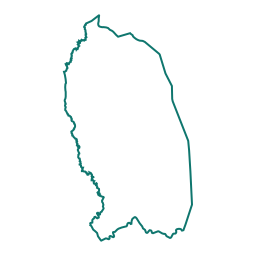 Ou Ya Dav, Rôtânôkiri, Cambodia (Robinson projection)
{"feature_id": "14789045B92198168751109", "entity_name": "Ou Ya Dav", "entity_type": "district", "adm_level": 2, "iso_a3": "KHM", "parent_name": "Cambodia", "parent_adm1": "Rôtânôkiri", "projection": "robinson", "projection_center": [107.357, 13.558], "detail": "fine", "context": "isolated", "style": "outline", "palette": "teal", "viewbox_px": 256, "rotation_deg": 0, "n_neighbors": 0, "source": "geoboundaries", "source_scale": "gbopen_adm2", "svg_char_len": 5517}
<svg xmlns="http://www.w3.org/2000/svg" viewBox="0 0 256 256"><path d="M183.4,230.2L185.5,224.5L192.0,204.6L190.4,171.5L189.1,150.3L188.2,140.8L172.7,101.3L172.2,99.0L171.9,86.0L165.5,73.5L159.7,54.5L159.0,53.7L144.8,41.9L142.7,40.9L139.6,40.6L138.0,40.0L136.4,39.2L134.5,37.8L133.1,36.5L132.6,35.2L130.5,33.7L130.1,33.2L118.1,36.7L116.3,35.1L113.3,31.8L112.0,30.8L109.9,29.8L108.0,28.0L106.0,27.4L103.1,27.1L102.2,27.2L100.4,26.8L99.3,26.4L98.6,25.6L98.3,24.8L98.2,23.4L98.7,21.0L98.7,18.6L99.1,15.6L99.0,15.4L98.8,15.4L91.5,21.0L86.0,23.5L85.8,23.9L85.9,24.6L85.7,24.9L85.2,24.8L84.9,25.2L84.8,25.7L84.2,26.6L84.1,27.0L84.5,27.5L84.8,27.3L84.9,27.5L84.8,29.2L85.3,29.7L85.3,30.2L85.5,30.5L85.6,31.4L85.4,31.8L85.8,32.6L85.7,33.6L86.0,33.6L86.2,33.9L86.2,34.3L85.6,34.9L85.6,35.4L86.2,36.3L85.9,36.9L86.2,37.3L85.5,37.6L85.7,38.0L85.6,38.6L85.7,38.9L85.6,39.9L85.2,39.9L85.0,39.7L84.7,40.1L84.5,39.8L84.2,40.1L83.9,40.1L84.1,40.4L83.9,40.5L82.4,40.1L82.1,40.4L81.6,40.0L81.5,40.3L80.9,40.5L80.9,40.9L80.2,40.9L80.1,42.1L79.1,41.2L79.1,41.7L78.4,41.8L78.4,42.7L78.1,42.7L78.8,43.4L78.3,43.9L78.9,44.0L78.7,44.4L78.1,44.8L78.4,45.5L79.1,46.0L78.6,46.4L78.1,47.5L77.8,47.9L77.8,48.8L77.6,49.1L76.6,48.7L76.6,49.2L76.4,49.5L76.3,49.1L75.7,48.3L75.2,48.4L74.9,48.9L73.9,49.1L73.3,50.0L72.9,51.1L72.6,51.3L72.6,52.5L72.3,52.6L72.1,53.2L71.8,53.2L71.3,54.0L71.6,54.6L71.5,55.2L71.9,55.9L71.4,57.0L71.7,58.1L70.9,58.4L70.8,58.8L70.9,59.1L71.1,59.1L71.5,60.0L71.3,60.3L70.6,60.3L70.6,60.6L70.8,60.8L70.8,61.8L70.3,61.9L70.0,62.2L69.8,62.2L69.2,63.1L68.9,63.2L69.1,63.6L68.8,64.2L68.3,64.1L68.3,63.8L67.8,64.0L67.5,63.3L67.0,63.1L66.7,63.1L66.4,64.0L65.7,64.1L65.8,64.4L66.0,64.7L66.1,65.1L66.4,65.7L67.1,66.1L67.1,67.7L67.2,68.0L67.4,68.0L67.4,68.4L66.7,69.0L66.2,70.8L65.8,70.9L65.0,71.7L64.0,71.8L64.9,75.0L65.6,79.1L66.0,83.0L65.4,84.2L65.2,87.2L65.4,90.3L65.7,91.9L65.7,96.7L65.4,98.6L64.8,99.8L64.7,100.9L65.4,102.9L65.3,103.6L65.7,104.0L65.3,104.5L65.0,105.4L65.2,106.3L65.3,106.6L65.6,106.8L65.7,107.5L65.3,108.4L65.2,110.0L66.2,111.2L67.1,113.2L67.5,113.5L67.6,114.0L67.8,114.1L67.7,114.5L68.2,114.8L68.5,115.7L69.5,115.7L70.1,116.2L70.5,116.9L70.9,116.9L71.2,117.4L71.3,118.5L71.8,118.9L71.8,119.2L71.5,119.3L71.5,119.8L71.5,120.4L71.7,120.8L71.9,121.1L73.5,121.8L74.2,123.1L74.1,123.4L74.5,123.8L74.4,124.1L75.0,124.9L75.1,126.3L74.8,127.4L74.1,128.2L74.0,128.6L74.2,128.9L73.8,129.5L73.5,129.5L73.1,130.3L72.2,131.0L71.6,131.3L71.3,131.8L71.6,132.4L71.5,133.0L71.7,133.4L72.0,133.5L72.0,133.8L72.3,134.2L72.2,134.4L72.2,134.8L72.4,134.9L72.3,135.6L73.0,135.9L73.6,136.7L73.7,137.2L74.6,137.8L75.1,138.6L75.4,138.8L75.9,138.7L76.6,139.1L76.9,140.0L76.3,140.6L76.3,140.8L76.9,141.2L77.1,141.6L76.6,141.9L76.5,142.4L76.9,143.2L77.4,143.6L76.9,145.2L77.3,145.5L77.6,146.2L78.6,145.6L78.8,145.8L78.6,146.3L78.2,146.7L78.3,147.1L79.4,147.0L79.4,147.7L79.1,148.0L78.5,147.5L78.4,147.6L78.5,148.6L77.9,149.4L77.8,150.0L78.7,152.3L79.3,153.2L79.3,153.7L78.4,154.5L78.5,155.4L78.3,155.7L78.2,157.2L78.9,158.4L79.7,158.6L80.0,160.4L79.6,161.2L79.7,161.4L80.4,161.5L80.5,161.7L80.4,162.5L80.8,163.6L80.4,164.0L79.6,164.3L79.6,164.6L80.2,164.8L81.0,165.4L81.0,166.8L82.4,167.7L83.0,167.7L82.9,168.0L82.2,168.2L82.1,168.7L82.6,169.7L81.9,170.6L81.9,171.1L83.2,171.1L83.9,171.5L85.1,171.5L85.8,172.3L86.4,172.3L86.6,172.7L86.4,172.9L86.5,173.4L87.2,173.9L87.4,174.7L87.9,174.8L88.4,174.6L88.5,173.7L89.9,173.5L90.0,173.3L89.7,172.5L90.8,173.0L91.1,173.5L91.4,174.3L91.9,174.5L92.0,175.3L91.7,176.2L93.3,176.9L93.4,177.1L92.9,177.4L92.4,178.1L91.9,178.0L91.8,178.6L92.0,179.7L91.6,179.9L91.6,180.3L93.1,180.2L93.8,181.0L94.2,181.1L93.6,181.9L93.6,182.1L94.0,183.0L93.9,183.5L94.2,183.7L95.3,183.9L96.4,183.2L96.7,183.6L96.9,183.9L96.8,184.2L95.8,185.0L95.9,185.3L96.8,185.8L97.1,186.2L97.2,186.8L97.0,187.8L97.6,188.2L98.3,188.4L99.0,189.0L99.1,191.0L98.3,192.0L98.4,192.3L99.3,193.1L98.8,193.3L98.6,193.2L97.7,192.4L97.5,192.6L98.1,193.8L98.2,194.7L99.4,195.6L99.6,195.3L99.5,194.9L99.6,194.7L100.3,195.1L101.0,196.3L103.5,197.0L103.7,197.4L102.0,200.8L102.2,202.1L102.7,202.6L103.4,204.9L102.9,206.4L103.6,208.3L103.2,209.3L102.1,210.8L101.7,211.7L100.6,212.2L100.3,212.5L100.0,214.4L99.6,214.6L99.2,214.4L98.7,214.0L98.1,212.8L97.5,212.8L97.0,213.2L97.0,213.5L98.2,215.6L98.7,216.7L98.8,217.2L98.7,217.6L97.2,218.3L96.3,217.7L95.3,216.8L94.5,217.0L93.9,218.5L93.2,218.9L92.4,219.9L92.3,220.4L92.4,221.8L92.3,222.6L90.7,222.9L90.2,223.3L90.6,224.6L90.3,225.2L90.9,225.6L91.4,226.1L93.2,229.6L95.3,231.3L97.1,233.0L98.0,236.3L100.4,239.7L101.0,240.5L101.3,240.6L105.3,238.6L105.8,238.4L107.1,238.6L107.9,239.0L108.8,239.2L109.4,238.8L109.6,238.3L109.4,236.9L109.7,236.3L110.2,236.0L110.8,236.1L112.9,237.1L113.5,237.1L113.8,236.9L114.1,236.1L113.0,232.9L113.0,232.4L113.2,232.1L114.9,231.9L117.2,229.6L118.5,228.7L121.7,227.5L126.5,226.3L127.0,225.6L127.5,223.7L127.9,223.2L128.6,222.9L129.2,222.8L129.9,223.1L130.7,224.0L131.4,223.8L131.6,221.1L132.2,219.3L132.5,218.8L134.4,217.3L135.0,217.1L136.1,217.7L136.8,218.6L139.7,223.3L142.2,226.4L143.0,228.4L144.4,229.4L145.1,230.0L145.9,232.3L146.6,232.8L147.0,232.9L147.6,232.6L149.2,230.6L149.8,230.2L151.0,230.5L151.5,231.1L152.0,232.8L153.0,233.2L158.0,231.3L158.6,231.3L162.2,233.4L163.9,233.9L164.8,233.9L165.3,234.1L166.6,236.2L169.9,237.9L170.6,237.8L171.2,237.3L172.9,234.1L173.5,233.7L175.5,233.5L175.8,233.2L176.3,232.1L176.0,230.2L176.5,229.5L177.0,229.2L178.2,228.9L179.9,228.9L180.8,229.1L182.0,230.6L183.4,230.2Z" fill="none" stroke="#0f766e" stroke-width="2"/></svg>